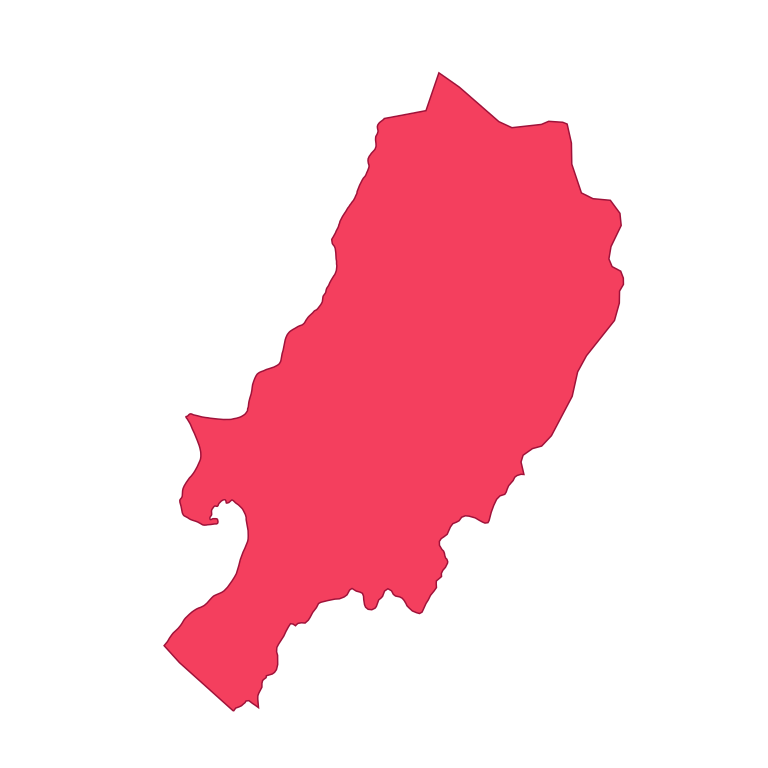 Karmir, Gegharkunik, Armenia, rotated 80°
{"feature_id": "60910142B90177126374214", "entity_name": "Karmir", "entity_type": "district", "adm_level": 2, "iso_a3": "ARM", "parent_name": "Armenia", "parent_adm1": "Gegharkunik", "projection": "albers", "projection_center": [45.299, 40.582], "detail": "fine", "context": "isolated", "style": "filled", "palette": "rose", "viewbox_px": 768, "rotation_deg": 80, "n_neighbors": 0, "source": "geoboundaries", "source_scale": "gbopen_adm2", "svg_char_len": 6169}
<svg xmlns="http://www.w3.org/2000/svg" viewBox="0 0 768 768"><g transform="rotate(80 384 384)"><path d="M122.6,337.7L123.1,338.1L124.0,339.6L124.9,341.4L125.6,342.7L126.4,343.8L127.9,345.2L129.5,345.9L131.3,346.0L133.3,345.9L134.2,346.0L136.0,346.9L136.9,347.5L138.7,349.0L139.4,349.3L141.4,349.8L142.8,350.0L145.5,350.1L148.4,350.5L149.8,351.2L151.4,352.2L152.3,353.3L154.7,356.5L155.7,357.4L157.2,359.0L159.4,360.5L161.3,361.0L163.9,361.1L165.8,360.8L167.0,360.9L168.3,361.4L171.5,363.3L172.7,364.2L174.6,365.3L176.1,366.5L177.7,368.6L179.3,370.0L184.0,373.5L189.7,377.0L191.6,377.6L194.2,379.5L195.4,380.2L197.0,381.5L197.7,382.0L199.6,384.2L201.0,385.5L201.7,386.4L203.2,387.7L204.5,389.2L207.6,391.8L208.9,393.1L211.7,395.7L214.2,397.6L216.2,399.1L218.2,400.0L219.2,400.7L220.4,401.2L221.8,402.0L225.0,404.5L226.8,405.6L230.6,408.7L231.9,409.9L232.7,410.4L235.3,410.5L236.7,410.5L238.1,409.9L239.1,409.3L240.1,408.9L242.0,408.5L246.6,408.7L252.4,409.4L254.8,409.4L257.7,409.9L259.3,409.9L260.5,410.2L262.9,410.9L264.1,411.3L266.7,412.8L267.9,413.7L268.8,414.7L272.2,417.7L274.7,419.7L277.3,421.4L279.8,423.8L281.5,424.7L283.4,425.4L284.2,425.9L286.6,428.4L287.2,428.8L288.3,429.2L292.2,430.4L293.1,431.0L294.8,432.4L298.3,436.2L299.2,437.5L299.6,438.9L299.9,439.8L300.4,440.5L301.5,441.8L304.0,445.7L305.2,447.3L307.6,449.7L309.2,451.0L310.1,451.8L310.8,452.8L311.4,453.9L311.7,454.8L312.0,456.9L312.5,458.8L313.8,462.2L314.4,464.0L315.3,466.2L316.0,467.6L316.7,468.6L318.3,470.4L319.3,471.2L321.4,472.6L323.3,473.6L333.3,477.5L336.3,479.0L342.9,481.4L344.0,482.0L345.8,483.5L346.2,484.1L347.0,485.6L348.2,489.4L349.0,494.8L349.3,497.3L350.1,500.3L350.5,502.7L351.0,504.7L351.4,505.6L351.8,506.4L352.2,507.1L353.0,507.9L354.0,508.8L356.1,510.3L358.6,511.8L361.8,513.5L364.5,514.4L367.2,515.2L370.6,516.5L374.7,518.6L377.8,520.0L379.5,520.6L382.6,521.5L383.4,521.8L384.5,522.5L386.7,523.1L389.1,525.5L389.6,526.2L390.4,527.8L391.3,530.2L391.6,531.4L391.8,532.6L392.1,535.2L392.1,537.6L392.3,540.6L392.1,542.2L391.1,548.2L389.6,553.9L387.5,561.1L386.7,563.3L386.0,565.7L384.8,569.1L382.8,573.4L381.3,577.0L380.5,578.1L379.9,579.2L379.8,580.1L379.9,580.6L380.3,581.4L381.3,582.7L381.6,583.4L381.7,584.6L382.0,584.8L383.1,584.5L384.1,583.9L389.0,582.0L390.3,581.6L395.3,580.5L399.6,579.3L407.0,577.7L412.4,576.7L415.2,576.4L418.6,576.3L420.1,576.4L423.4,576.9L425.7,577.6L427.0,578.2L432.9,582.2L435.4,584.2L437.1,585.6L438.8,587.2L441.1,589.7L442.7,591.9L446.7,595.9L449.6,598.4L452.0,600.0L454.2,600.9L459.6,602.2L461.1,603.3L461.8,604.2L462.6,605.0L463.2,605.3L465.0,605.5L469.2,605.1L475.5,605.0L476.8,604.8L478.4,604.2L479.1,603.7L481.5,600.6L482.7,599.4L483.8,598.1L484.8,596.4L486.5,593.2L487.6,591.4L489.6,588.9L490.5,587.9L491.4,586.7L491.8,585.3L492.0,583.7L492.0,582.1L492.3,579.0L492.4,574.7L492.7,573.5L492.5,572.6L492.4,572.2L491.7,571.7L490.7,571.4L489.8,571.4L488.4,571.5L487.8,572.0L487.5,572.8L487.3,573.6L487.2,574.5L486.9,575.9L487.3,577.2L487.5,578.1L487.3,578.6L486.9,578.8L485.8,578.8L485.2,578.6L484.7,578.2L483.4,576.9L482.9,576.5L482.1,576.3L479.4,576.0L478.5,575.7L477.8,575.4L475.8,573.4L475.4,573.0L474.8,572.0L474.8,571.5L475.3,570.3L475.5,569.5L475.2,568.9L474.9,568.5L474.2,568.2L473.2,567.5L472.6,566.8L470.9,564.4L470.3,562.6L470.2,561.9L470.2,561.3L470.4,560.8L470.6,560.4L471.0,560.2L471.8,560.0L473.7,560.0L473.9,559.8L474.0,559.2L473.8,557.4L471.9,554.3L471.8,553.9L471.9,553.6L472.3,553.1L472.9,552.5L475.3,550.8L477.8,548.3L481.0,546.0L482.4,545.1L484.4,544.4L488.5,543.2L491.3,542.9L493.8,543.3L495.0,543.3L504.8,543.3L510.1,544.1L512.9,544.7L514.6,545.3L515.8,545.9L521.7,549.6L525.1,552.0L531.8,555.9L537.8,558.6L545.1,562.3L548.1,564.7L551.6,567.9L557.0,573.4L559.9,577.4L560.9,579.6L561.5,581.7L562.4,585.7L563.0,588.0L563.4,588.9L564.5,590.6L566.5,593.2L567.3,594.2L569.0,596.3L570.8,599.3L571.2,600.3L571.9,602.6L572.2,603.8L572.4,605.3L573.0,607.6L574.0,610.1L575.3,612.9L577.0,615.7L579.9,620.0L581.0,621.3L581.9,622.2L584.3,624.2L586.4,626.2L588.8,629.0L590.1,630.9L592.6,634.8L594.2,636.6L597.0,639.4L600.1,642.0L603.5,646.0L622.9,633.8L679.4,589.5L679.7,588.7L677.4,586.3L676.8,582.8L676.1,580.2L674.7,578.0L673.7,576.2L672.2,574.9L672.4,572.0L675.5,569.2L678.2,566.4L680.9,563.8L672.2,563.0L669.2,562.4L666.9,561.1L665.3,559.9L661.4,556.9L657.6,556.2L654.9,555.0L653.8,553.3L652.7,551.1L650.9,550.5L650.2,544.4L649.0,541.9L646.6,539.5L641.8,537.4L632.7,535.9L629.1,536.3L624.9,535.3L621.8,532.9L614.9,526.5L610.6,523.5L606.7,520.4L603.8,517.7L604.6,515.3L606.7,513.1L605.8,512.0L604.8,510.2L604.8,506.8L605.7,503.2L603.4,499.5L601.1,497.4L596.6,493.9L592.5,489.4L588.8,486.6L588.0,484.1L587.5,477.0L587.3,469.7L587.8,465.2L586.8,460.2L585.2,457.0L580.9,453.6L579.8,451.0L583.1,447.3L584.8,443.7L586.4,441.6L589.3,441.0L592.8,441.4L597.9,441.5L600.6,440.9L603.1,438.8L604.2,435.2L603.2,431.7L601.8,430.2L595.7,426.7L594.4,424.3L592.9,422.3L588.0,419.4L586.3,415.7L589.0,412.5L592.8,411.3L594.8,409.5L596.4,405.5L598.1,403.3L600.6,401.8L604.0,400.5L606.4,399.9L609.0,398.1L612.4,395.5L614.8,391.8L616.2,388.9L615.3,386.2L613.4,384.8L607.5,380.8L604.2,377.8L600.2,374.9L596.6,370.7L593.6,367.7L589.4,367.2L587.0,366.6L585.2,363.4L583.6,360.8L580.5,360.4L577.7,358.4L575.2,355.3L571.4,352.5L570.0,352.1L567.5,352.5L566.2,353.5L563.8,353.9L561.2,353.9L559.0,354.3L557.0,355.7L552.5,357.4L548.6,356.8L546.2,354.5L544.5,350.8L543.0,347.9L536.3,343.4L533.5,340.5L532.6,336.5L531.7,333.8L528.7,330.7L527.9,326.8L528.9,323.2L531.7,317.4L534.8,313.8L537.1,310.9L538.5,308.7L538.6,305.7L536.7,304.2L529.0,300.7L522.6,297.0L517.1,293.1L514.3,289.2L513.6,284.2L511.6,282.4L509.0,281.0L505.8,278.9L501.5,273.6L498.5,271.4L497.2,268.8L496.7,264.7L497.4,261.9L484.6,262.6L478.3,259.4L473.4,249.0L472.5,239.5L464.0,228.1L428.8,200.8L405.7,191.2L391.3,179.7L361.5,146.0L345.2,138.2L333.4,135.9L327.5,130.9L321.2,129.9L314.0,131.3L308.0,139.0L299.9,140.8L288.1,136.6L269.1,122.9L256.9,122.0L242.4,129.2L237.8,146.0L230.1,156.4L200.1,160.9L179.3,157.6L159.8,158.5L157.3,162.5L153.9,176.2L155.7,183.9L153.8,213.5L145.6,225.3L104.7,258.3L87.1,275.9L122.1,295.2L122.6,337.7Z" fill="#f43f5e" stroke="#9f1239" stroke-width="1.5"/></g></svg>